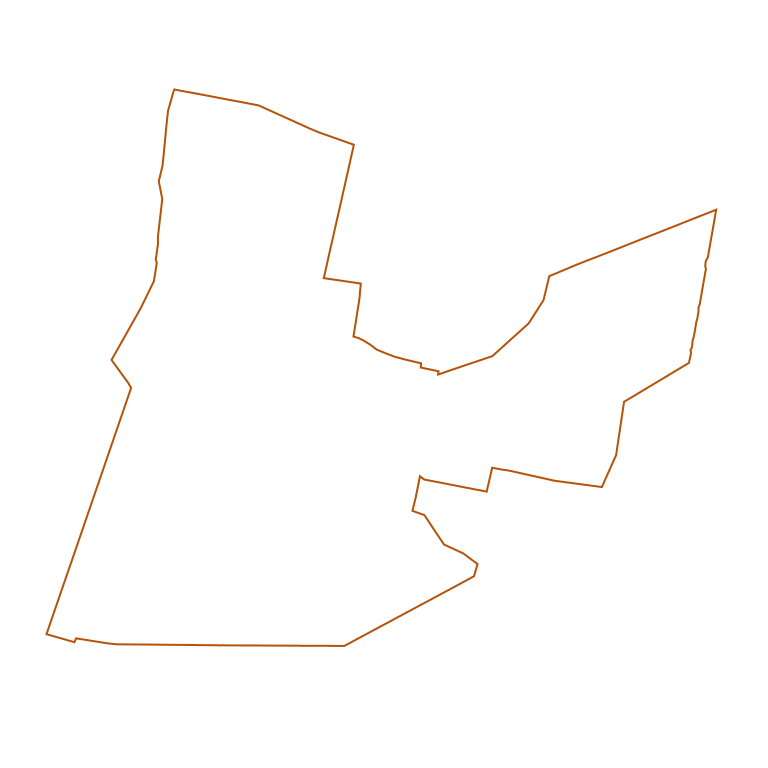 Chiconcuac, México, Mexico, rotated 274°
{"feature_id": "50627088B68966073718312", "entity_name": "Chiconcuac", "entity_type": "district", "adm_level": 2, "iso_a3": "MEX", "parent_name": "Mexico", "parent_adm1": "México", "projection": "mercator", "projection_center": [-98.895, 19.553], "detail": "fine", "context": "isolated", "style": "outline", "palette": "amber", "viewbox_px": 768, "rotation_deg": 274, "n_neighbors": 0, "source": "geoboundaries", "source_scale": "gbopen_adm2", "svg_char_len": 3025}
<svg xmlns="http://www.w3.org/2000/svg" viewBox="0 0 768 768"><g transform="rotate(274 384 384)"><path d="M426.3,686.7L435.3,688.0L437.0,688.1L439.3,687.4L441.6,688.5L445.6,688.9L446.6,688.7L450.1,689.1L451.5,689.5L459.6,690.6L460.5,690.6L464.1,690.9L467.6,691.2L471.2,692.0L478.8,692.7L482.2,692.4L485.3,693.4L503.2,695.2L521.2,697.1L524.1,696.2L529.0,696.4L532.8,698.2L550.0,700.0L567.3,701.8L581.0,703.2L573.1,686.6L565.1,669.9L557.1,653.2L549.2,636.6L541.2,619.9L533.2,603.3L525.3,586.6L525.0,586.0L522.5,580.5L516.2,567.3L503.1,541.3L499.9,540.8L493.2,539.7L483.2,538.0L478.9,537.3L476.8,536.2L474.5,534.9L468.9,531.9L454.6,524.1L419.5,490.3L419.0,489.3L411.6,471.5L404.9,455.5L401.9,448.3L399.6,443.0L397.5,438.0L397.2,437.3L400.5,437.5L401.6,429.6L402.3,424.5L403.0,419.6L407.3,419.5L407.3,419.0L409.7,404.4L410.3,401.3L411.5,395.1L411.7,393.5L414.6,384.0L417.8,374.4L419.3,372.1L422.0,368.0L424.5,363.3L425.7,361.1L426.6,359.0L428.1,355.3L428.4,353.8L429.2,350.2L435.7,350.8L444.5,351.6L453.3,352.3L463.2,353.2L470.4,353.7L473.6,353.6L482.6,353.9L485.4,316.5L486.4,316.7L488.4,317.0L516.7,321.3L520.3,321.9L521.5,322.1L524.9,322.6L545.9,325.8L548.9,326.3L564.5,328.7L571.9,329.8L580.2,331.1L597.8,333.8L603.2,334.6L617.5,336.8L620.6,337.2L622.1,331.7L622.6,329.9L630.4,301.7L633.5,292.5L644.7,262.3L646.5,257.4L651.6,243.8L653.2,239.4L654.8,225.7L655.2,222.8L656.6,210.3L657.2,205.4L657.7,201.1L660.1,181.0L661.2,171.4L662.2,162.3L662.9,156.6L663.2,154.3L661.1,153.6L643.3,149.9L643.0,149.8L641.3,149.5L623.1,148.8L622.3,148.8L621.8,148.8L604.3,148.4L586.8,147.9L586.0,147.8L570.5,145.2L556.0,149.1L553.5,149.9L552.3,149.8L551.1,149.8L550.6,149.8L515.0,148.2L507.9,148.8L506.0,148.6L498.1,148.1L491.8,147.6L490.2,148.4L489.2,148.9L470.6,147.3L468.3,146.4L458.9,142.6L453.2,140.3L442.2,135.8L390.2,111.1L389.7,110.8L389.0,110.5L367.2,128.8L362.4,132.0L187.9,85.4L163.4,78.8L133.5,70.8L130.2,69.9L120.8,67.4L110.9,64.8L105.0,92.5L104.8,93.1L108.8,94.6L107.1,113.9L106.0,126.2L105.7,135.5L105.7,136.0L106.1,142.5L106.5,149.0L107.4,163.3L108.0,173.3L108.2,176.8L109.9,204.9L110.4,213.3L110.5,215.6L111.9,238.8L112.2,242.8L112.2,243.6L112.3,245.5L112.5,248.2L112.7,251.7L113.8,268.2L114.5,278.3L114.6,280.3L115.0,286.3L115.5,294.8L116.1,303.2L116.1,303.7L116.2,304.8L116.9,315.5L117.2,321.4L117.8,330.7L118.0,332.5L118.5,340.2L118.8,344.7L119.5,356.5L119.9,362.5L120.4,363.5L126.5,373.1L127.1,374.0L128.5,376.2L130.7,379.8L133.7,384.5L141.8,397.3L149.8,410.1L150.1,410.5L167.1,437.5L187.2,469.4L198.5,487.2L210.9,489.9L214.4,484.4L220.3,475.3L220.6,474.7L225.3,462.3L228.1,455.0L232.5,451.6L242.0,444.2L256.0,433.5L259.4,421.3L261.0,421.5L273.4,423.6L275.0,423.8L285.0,425.1L294.5,426.3L291.5,430.8L288.9,452.5L286.2,474.1L283.8,494.0L285.1,494.1L297.3,496.1L305.7,497.4L308.0,497.7L306.7,509.1L306.4,514.2L302.9,537.6L299.4,560.9L297.9,584.7L296.4,608.5L312.8,614.5L329.2,620.5L347.1,621.9L365.0,623.3L383.0,624.7L393.8,640.2L404.6,655.7L415.5,671.2L426.3,686.7Z" fill="none" stroke="#b45309" stroke-width="2"/></g></svg>